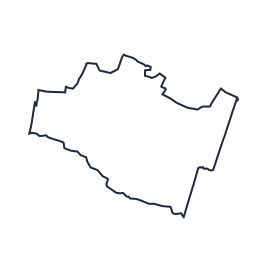 Svitenes pag., Rundales, Latvia (Albers equal-area conic projection), rotated 287°
{"feature_id": "27541924B70987770554483", "entity_name": "Svitenes pag.", "entity_type": "district", "adm_level": 2, "iso_a3": "LVA", "parent_name": "Latvia", "parent_adm1": "Rundales", "projection": "albers", "projection_center": [23.936, 56.379], "detail": "fine", "context": "isolated", "style": "outline", "palette": "slate", "viewbox_px": 256, "rotation_deg": 287, "n_neighbors": 0, "source": "geoboundaries", "source_scale": "gbopen_adm2", "svg_char_len": 5357}
<svg xmlns="http://www.w3.org/2000/svg" viewBox="0 0 256 256"><g transform="rotate(287 128 128)"><path d="M189.1,223.6L189.1,223.4L189.3,221.8L190.3,214.3L190.3,213.9L190.7,210.9L191.2,209.6L192.9,205.3L192.0,205.1L190.8,204.7L188.1,204.0L179.3,201.5L176.0,200.7L175.7,200.6L173.9,200.3L172.8,200.2L172.6,200.1L172.4,199.8L172.2,199.3L171.9,198.4L171.4,196.7L170.9,194.6L170.1,193.0L169.1,191.7L166.1,189.3L165.9,188.8L165.8,187.2L165.6,185.3L165.2,183.0L165.0,181.4L165.0,181.2L164.9,179.5L164.8,179.4L164.8,179.0L164.9,178.5L164.9,178.4L164.9,178.2L164.9,177.8L164.9,177.6L165.1,176.4L166.2,168.2L166.4,167.0L166.5,166.7L166.6,166.2L166.7,165.9L166.8,165.7L166.9,165.3L167.0,165.1L167.1,164.9L167.2,164.6L167.3,164.2L167.4,163.9L167.5,163.5L167.7,162.8L168.0,161.9L168.3,161.0L168.6,159.9L168.7,159.5L168.9,158.3L169.5,155.4L169.7,154.1L170.0,152.9L170.1,152.5L170.1,152.0L170.2,151.6L170.2,151.2L170.6,151.3L174.1,152.3L176.0,152.9L176.8,152.0L176.8,151.9L176.9,150.7L176.9,149.8L177.0,149.1L177.3,147.7L177.9,147.7L182.9,148.4L183.0,148.4L186.5,149.0L186.9,149.1L187.0,148.9L187.2,148.7L187.3,148.5L187.5,147.9L188.5,144.8L189.0,143.2L189.2,142.5L189.3,142.4L186.4,140.2L185.2,139.3L182.8,136.1L183.1,133.6L183.0,128.9L188.2,127.5L188.5,128.2L188.8,129.0L189.2,129.9L189.8,131.4L190.1,132.2L190.1,132.3L190.4,132.3L191.4,132.1L192.8,131.9L193.0,131.9L193.1,131.7L193.5,128.2L192.3,127.0L192.9,125.7L193.5,124.6L193.5,124.3L193.6,123.8L194.1,120.2L194.4,117.7L194.5,117.6L194.7,117.1L195.3,116.3L195.5,116.0L195.6,115.7L195.8,114.9L196.1,113.9L196.5,112.4L196.5,112.0L196.5,111.1L196.5,110.2L196.5,108.4L196.5,105.2L196.5,104.9L196.6,104.5L196.7,103.8L196.8,102.9L196.9,102.7L196.1,102.3L195.3,102.0L194.9,101.8L194.4,101.7L193.6,101.6L191.5,101.5L190.4,101.5L189.6,101.4L187.8,101.4L186.2,101.4L185.7,101.3L185.4,101.3L184.4,101.3L182.6,101.2L181.3,101.1L180.6,100.5L180.4,100.3L176.2,95.9L175.9,95.7L175.7,95.5L175.5,95.2L175.4,95.0L175.4,94.7L175.2,91.6L174.9,87.5L174.7,84.1L174.8,83.9L174.9,83.7L178.4,80.6L179.5,79.5L180.1,79.0L179.2,74.6L178.3,70.4L178.2,70.2L177.6,69.7L177.0,69.3L176.9,69.4L176.5,69.7L175.1,69.5L168.2,68.7L166.1,68.4L163.0,67.6L162.7,67.5L162.1,67.4L161.0,66.8L159.1,66.8L157.7,66.8L157.2,66.7L156.4,66.6L155.9,66.7L155.7,66.6L155.3,66.5L153.8,65.7L153.2,65.4L149.7,64.0L149.6,63.9L149.1,60.8L149.0,60.2L149.3,56.6L149.2,56.5L146.4,57.0L146.2,57.0L145.5,57.1L145.3,57.2L144.0,57.4L143.7,57.5L143.4,56.4L142.8,54.0L141.6,49.6L140.0,43.6L139.2,40.3L138.9,39.3L138.2,31.3L137.8,31.5L137.5,31.6L136.4,31.7L136.2,31.7L135.3,31.9L134.6,32.1L134.4,32.1L132.0,32.6L130.9,32.9L129.5,33.1L128.3,33.3L127.8,33.3L126.1,33.1L123.5,33.7L122.5,33.8L122.5,33.6L122.7,33.3L123.0,33.0L123.3,32.9L123.7,33.0L124.0,33.0L124.3,32.9L124.8,32.5L125.5,32.2L125.6,31.7L125.5,31.4L122.1,31.9L119.3,32.3L117.1,32.6L114.2,33.0L113.0,33.2L110.5,33.6L110.4,33.6L110.1,33.6L109.2,33.8L108.6,33.8L106.5,34.2L105.5,34.3L104.5,34.4L102.7,34.6L101.8,34.7L99.9,34.9L99.3,34.9L99.0,34.9L98.2,35.0L97.1,35.1L95.6,35.2L94.5,35.2L93.7,35.3L95.3,37.4L95.7,40.6L95.8,41.4L95.8,41.7L95.8,42.0L95.8,42.5L95.1,44.0L94.7,44.9L94.5,45.6L94.5,46.1L94.8,46.8L96.0,49.6L96.7,51.0L96.9,51.5L97.0,51.9L97.0,52.0L96.5,52.9L95.8,54.1L95.7,56.7L95.6,60.8L95.6,63.3L95.5,67.3L95.4,68.9L95.4,70.0L95.3,70.3L95.2,70.5L93.7,71.4L92.7,71.9L91.0,72.6L90.2,73.0L90.0,74.6L89.8,76.5L89.7,79.0L89.6,79.7L89.7,80.3L89.7,80.6L89.8,81.3L90.0,82.6L90.6,86.0L90.6,86.8L89.5,88.5L88.2,90.6L88.0,94.2L87.8,96.4L87.8,96.5L87.2,96.9L86.6,97.3L85.3,98.0L84.4,98.6L83.3,99.6L81.9,101.1L80.8,102.2L80.0,103.0L79.6,103.4L79.5,103.6L79.4,103.9L79.3,104.6L79.2,106.2L78.8,111.2L78.7,111.4L74.7,117.6L74.4,118.5L73.8,122.4L73.8,122.6L73.6,123.3L73.2,123.7L72.9,123.8L68.2,123.8L67.7,123.9L67.4,124.0L67.1,124.2L66.5,124.8L65.8,125.3L65.5,126.5L63.0,134.5L62.6,136.1L62.8,137.2L63.1,139.1L63.2,139.5L63.3,139.7L63.9,141.0L64.3,141.8L64.4,142.0L64.4,142.4L64.3,142.6L62.5,146.0L62.2,146.3L62.2,146.5L62.2,146.9L62.2,147.2L62.3,147.8L62.4,148.1L62.4,148.5L62.3,148.8L62.3,149.0L61.9,149.7L61.4,150.4L61.3,150.7L61.3,150.9L61.3,151.1L61.3,151.3L61.4,151.6L61.6,152.2L61.9,153.5L62.2,155.0L62.5,156.4L62.5,157.0L62.6,158.1L62.6,158.7L62.6,158.9L62.5,159.5L62.5,160.4L62.4,161.7L62.3,162.9L62.2,163.6L62.2,164.4L61.9,167.0L61.9,167.4L61.9,167.9L61.8,169.3L61.7,170.2L61.7,170.5L61.7,170.8L61.8,171.1L62.0,171.7L62.4,172.7L62.8,173.8L63.1,175.0L63.3,182.5L63.4,183.9L64.4,188.6L65.0,191.6L64.5,192.1L60.1,195.2L59.9,195.3L59.5,197.3L59.5,197.8L60.1,199.8L60.3,200.2L61.9,203.5L62.0,203.9L61.7,204.3L60.5,205.4L60.0,205.9L59.1,207.3L61.5,207.3L63.1,207.3L70.2,207.2L71.5,207.2L83.4,207.2L91.1,207.1L91.4,207.2L94.9,207.2L95.3,207.1L103.6,207.0L109.8,206.9L110.0,206.9L110.1,207.1L110.6,207.4L111.4,207.9L111.5,208.1L111.6,208.5L111.5,209.0L111.6,209.5L111.7,209.8L112.2,210.2L112.3,210.4L112.4,210.8L112.4,211.1L112.0,211.4L111.6,211.6L111.4,211.9L111.4,212.0L111.7,212.7L111.7,213.0L111.5,213.5L111.9,214.3L112.2,214.8L112.2,215.2L112.2,215.6L112.0,216.9L111.7,217.3L111.5,217.6L111.6,218.5L111.7,220.0L112.6,221.6L112.8,221.7L120.2,221.9L127.6,222.0L138.8,222.3L146.7,222.5L146.8,222.5L147.0,222.6L147.3,222.7L151.6,222.8L151.9,222.7L166.9,223.1L167.4,223.1L172.9,223.1L175.7,223.2L178.6,223.3L186.1,223.5L186.3,224.7L187.6,224.7L187.8,223.6L189.1,223.6Z" fill="none" stroke="#1e293b" stroke-width="2"/></g></svg>